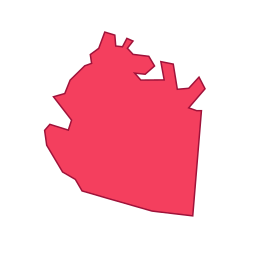 the district of Jessamine, Kentucky, United States of America, rotated 169°
{"feature_id": "52423323B70130462183378", "entity_name": "Jessamine", "entity_type": "district", "adm_level": 2, "iso_a3": "USA", "parent_name": "United States of America", "parent_adm1": "Kentucky", "projection": "natural_earth1", "projection_center": [-84.584, 37.866], "detail": "fine", "context": "isolated", "style": "filled", "palette": "rose", "viewbox_px": 256, "rotation_deg": 169, "n_neighbors": 0, "source": "geoboundaries", "source_scale": "gbopen_adm2", "svg_char_len": 688}
<svg xmlns="http://www.w3.org/2000/svg" viewBox="0 0 256 256"><g transform="rotate(169 128 128)"><path d="M52.6,131.0L57.3,131.9L64.6,136.2L44.9,151.8L48.6,164.4L60.8,155.4L72.2,156.6L71.4,182.1L83.1,186.9L83.3,168.3L106.3,172.6L111.0,180.6L100.9,177.5L90.1,183.8L93.9,194.4L109.0,199.3L113.4,206.4L106.5,212.4L112.0,216.2L117.9,208.8L124.4,210.8L123.2,221.7L132.5,226.6L141.5,211.8L151.0,207.3L151.4,198.4L158.6,197.3L175.7,186.0L183.5,173.9L195.2,172.9L181.9,146.5L187.0,137.3L204.0,146.5L210.3,141.6L211.1,126.6L200.6,97.3L189.5,87.6L185.1,75.0L160.6,62.4L152.9,58.5L132.7,48.2L120.3,41.9L113.2,39.6L81.2,29.4L52.6,131.0Z" fill="#f43f5e" stroke="#9f1239" stroke-width="1.5"/></g></svg>